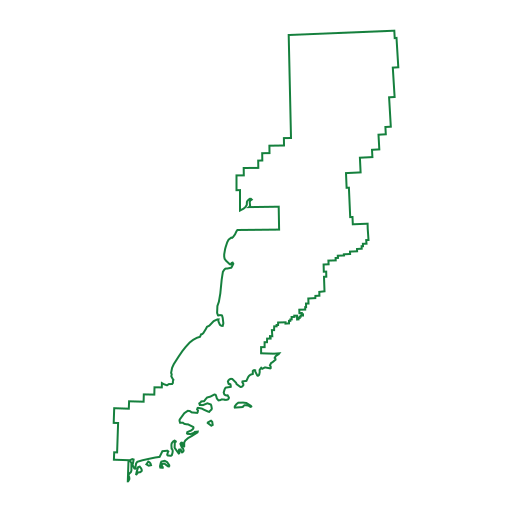 the district of Lake and Peninsula, Alaska, United States of America
{"feature_id": "52423323B73962947550277", "entity_name": "Lake and Peninsula", "entity_type": "district", "adm_level": 2, "iso_a3": "USA", "parent_name": "United States of America", "parent_adm1": "Alaska", "projection": "albers", "projection_center": [-157.475, 58.272], "detail": "fine", "context": "isolated", "style": "outline", "palette": "green", "viewbox_px": 512, "rotation_deg": 0, "n_neighbors": 0, "source": "geoboundaries", "source_scale": "gbopen_adm2", "svg_char_len": 6112}
<svg xmlns="http://www.w3.org/2000/svg" viewBox="0 0 512 512"><path d="M161.9,383.1L161.8,387.4L154.5,387.3L154.3,394.6L143.8,394.4L143.6,401.7L129.1,401.3L128.8,408.7L114.2,408.2L113.7,422.9L118.1,423.0L117.1,452.4L114.2,452.3L113.9,459.7L128.5,460.2L127.8,481.3L128.1,481.3L128.6,480.6L129.4,479.0L129.2,477.0L128.5,475.7L128.5,475.1L129.2,473.7L130.9,472.1L131.4,470.6L131.4,463.0L129.8,460.7L130.1,460.1L132.3,459.1L133.6,459.5L133.0,463.2L132.6,464.0L132.7,465.3L134.3,468.4L134.8,468.7L135.4,468.7L135.7,468.1L135.5,466.9L136.1,463.4L137.3,461.8L142.3,460.3L148.6,458.9L155.3,457.5L159.6,456.9L162.4,451.2L167.4,450.7L168.3,451.4L168.0,451.9L167.2,454.6L167.3,455.0L167.8,455.5L170.9,455.8L171.8,455.2L172.5,452.9L172.7,451.2L172.6,450.3L172.4,449.7L172.0,449.0L171.6,448.7L171.4,445.0L171.7,443.3L173.2,441.4L174.6,440.6L175.8,441.4L175.8,441.7L174.8,442.3L174.6,447.6L174.7,447.9L178.7,453.5L179.2,453.3L179.4,452.7L179.4,451.2L178.9,450.5L179.1,449.6L180.4,449.4L180.7,449.5L181.7,452.0L182.0,452.4L182.4,452.3L183.3,451.4L183.6,450.6L183.1,448.7L181.7,447.1L180.6,444.4L180.4,443.9L181.1,442.8L181.4,442.6L182.1,442.7L182.5,443.1L182.5,443.3L182.2,443.9L182.8,446.0L184.1,446.5L184.2,446.4L184.2,442.5L185.3,440.5L188.2,438.0L191.8,436.0L197.5,432.4L197.7,431.6L194.8,431.9L194.0,432.8L190.5,434.1L187.4,433.8L187.0,433.4L187.3,432.1L191.1,430.5L192.9,429.1L193.5,427.9L193.3,427.0L187.9,424.3L187.2,424.4L184.4,423.9L182.8,422.7L180.1,422.8L179.5,420.8L179.6,419.9L179.7,419.5L184.3,413.2L187.8,410.8L189.9,411.1L191.7,412.4L197.2,412.9L197.6,412.4L198.0,410.4L197.1,409.4L197.6,408.0L198.0,407.8L201.9,408.6L203.9,409.7L207.9,411.5L209.2,411.9L209.8,411.1L211.5,409.5L211.8,408.5L211.3,405.7L210.8,404.5L207.4,403.3L203.0,405.1L199.8,405.0L199.3,403.4L200.5,402.5L201.3,401.4L204.1,401.2L205.6,399.2L207.1,397.5L210.4,396.6L214.4,394.5L215.6,394.8L216.4,396.7L216.6,397.8L217.1,398.8L218.5,400.4L220.3,400.1L221.7,399.4L224.5,399.6L224.9,399.9L226.8,399.8L228.2,399.3L228.8,398.3L228.9,397.6L227.6,395.3L226.3,395.5L224.7,394.8L224.3,394.4L223.7,392.5L224.6,389.4L225.2,388.2L225.8,387.6L230.7,386.9L230.8,386.1L230.4,384.3L229.6,383.9L229.1,384.2L228.6,383.9L228.4,383.4L227.9,381.4L228.6,380.2L229.6,379.3L231.0,378.8L232.3,379.0L236.0,382.7L236.3,383.3L236.4,383.8L236.7,384.2L240.5,387.0L241.4,386.9L242.4,386.4L243.4,385.0L243.3,384.0L242.3,382.2L242.5,381.4L246.4,380.9L248.2,377.0L249.1,375.8L250.5,374.7L252.8,374.0L252.8,371.0L253.5,370.3L254.7,370.1L255.2,370.3L255.1,371.1L255.5,372.0L257.3,375.5L257.9,375.8L258.9,375.1L259.2,374.6L259.7,372.1L259.6,370.1L259.9,369.5L261.2,367.8L262.2,368.8L265.0,367.4L270.3,368.4L270.7,368.1L270.7,366.6L269.9,365.3L271.2,362.9L272.4,362.3L275.5,359.7L275.4,358.9L275.3,358.4L274.7,357.9L275.7,356.1L278.7,354.1L279.3,353.3L274.0,353.7L261.1,353.3L261.1,347.1L264.6,347.1L264.6,342.2L267.0,342.2L267.1,338.6L270.6,338.6L270.6,337.4L270.0,337.4L270.0,336.1L272.3,336.2L271.9,330.1L274.1,330.1L274.2,326.3L276.6,326.3L276.6,325.0L278.1,325.0L278.1,322.5L285.5,322.3L285.5,323.6L289.0,323.4L289.0,320.9L290.3,320.9L290.3,319.5L291.7,319.4L291.6,317.0L294.4,316.9L294.3,315.7L297.0,315.7L297.1,319.5L298.5,319.4L298.4,318.0L299.6,318.0L299.5,316.8L300.7,316.7L300.7,315.5L303.0,315.5L303.0,314.3L301.8,314.3L301.8,313.0L299.4,313.1L299.3,309.7L305.2,309.6L305.2,307.1L306.1,307.1L306.0,303.5L308.5,303.5L308.3,298.5L315.3,298.1L315.4,295.9L319.4,295.7L319.3,291.9L324.5,291.3L324.0,276.8L326.3,276.7L326.2,271.6L323.8,271.7L323.6,264.5L328.6,264.3L328.4,260.6L335.7,260.4L335.6,258.0L338.0,257.9L337.8,255.7L344.0,255.5L343.9,254.3L350.1,254.0L350.0,251.6L357.1,251.3L357.0,249.0L361.7,248.7L361.6,246.2L363.0,246.2L362.9,243.8L366.5,243.7L366.2,240.1L368.5,240.0L367.7,228.5L367.6,223.7L352.8,224.3L352.5,217.0L350.2,217.1L348.9,187.7L346.6,187.8L346.0,173.1L360.6,172.4L359.9,157.7L372.4,157.1L372.0,149.8L379.3,149.4L378.5,134.7L385.8,134.3L385.4,127.0L390.8,126.7L389.1,97.3L394.6,97.0L392.8,67.6L398.3,67.3L396.5,37.9L394.7,38.1L394.3,30.7L288.7,35.0L291.0,138.0L283.9,138.1L284.0,145.5L269.4,145.7L269.5,153.1L262.2,153.2L262.3,160.5L258.2,160.6L258.3,167.9L243.7,168.0L243.8,175.4L236.5,175.4L236.5,190.2L240.0,190.1L240.0,210.5L243.5,208.7L245.5,207.0L246.8,204.8L246.9,202.0L247.3,201.1L248.6,199.7L249.8,198.8L250.9,198.8L251.7,199.6L250.2,200.6L249.7,202.4L250.1,205.5L249.5,206.7L249.0,207.1L278.7,206.7L279.1,229.6L237.4,230.0L236.4,231.4L235.0,234.4L233.0,237.1L232.0,237.9L231.3,237.6L228.8,239.5L228.4,240.0L227.2,242.3L225.6,247.2L225.1,249.1L224.2,254.3L224.2,256.6L224.6,258.8L226.0,260.7L229.3,263.8L230.1,264.4L230.8,264.4L231.6,263.0L232.3,262.7L232.6,262.6L233.3,263.8L231.9,266.7L231.3,267.7L227.0,268.6L226.0,268.5L225.2,268.8L224.2,269.8L222.9,271.8L222.4,274.9L221.7,279.5L220.3,293.5L218.9,301.7L217.4,306.0L217.1,312.9L218.0,315.4L218.3,315.5L219.8,315.1L221.8,315.3L222.1,315.7L222.7,317.9L223.3,322.9L223.3,323.6L222.7,325.9L221.4,325.8L219.9,324.8L218.5,321.6L218.3,319.9L218.5,319.4L217.4,319.4L214.3,320.8L213.6,321.2L209.3,325.7L207.0,326.8L205.8,329.1L203.3,333.1L202.2,334.1L201.1,334.3L200.0,336.8L196.9,337.8L193.2,339.8L189.7,342.5L185.7,346.9L182.5,350.9L178.8,356.3L173.8,364.1L172.1,367.8L171.1,372.9L171.7,374.3L171.3,376.3L172.7,378.9L173.4,379.8L172.9,381.1L172.9,382.9L172.1,384.0L168.8,384.1L167.0,385.3L163.8,384.2L161.9,383.1ZM234.8,406.3L234.7,407.3L234.8,407.6L242.1,407.1L243.0,406.8L243.4,406.1L244.4,405.3L244.7,405.2L247.5,405.4L249.2,406.0L249.9,406.6L250.7,406.9L251.3,406.5L251.2,406.2L250.5,405.6L246.4,403.0L243.2,402.6L238.3,402.7L236.5,404.1L234.8,406.3ZM160.0,466.2L160.3,467.6L162.7,467.8L162.8,467.2L161.5,466.1L162.5,463.9L164.4,463.6L167.9,466.3L168.9,466.5L169.3,465.9L169.2,465.1L167.1,462.1L164.7,460.8L161.4,461.6L160.8,462.8L160.0,466.2ZM136.6,472.1L136.0,475.0L138.1,472.4L140.2,472.2L141.6,471.1L141.8,470.2L141.2,468.5L139.7,466.6L138.1,467.2L136.6,472.1ZM207.8,422.5L207.7,423.0L211.3,425.7L212.7,424.9L212.2,421.8L211.0,420.7L207.8,422.5ZM148.3,461.6L146.4,464.3L148.7,465.7L151.0,465.2L150.5,463.5L149.6,462.4L148.3,461.6Z" fill="none" stroke="#15803d" stroke-width="2"/></svg>